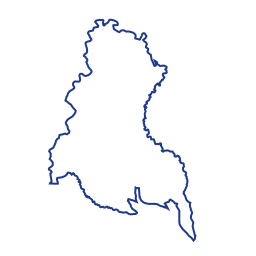 the district of La Tebaida, Quindío, Colombia, rotated 95°
{"feature_id": "7082276B51797720548410", "entity_name": "La Tebaida", "entity_type": "district", "adm_level": 2, "iso_a3": "COL", "parent_name": "Colombia", "parent_adm1": "Quindío", "projection": "robinson", "projection_center": [-75.811, 4.441], "detail": "fine", "context": "isolated", "style": "outline", "palette": "blue", "viewbox_px": 256, "rotation_deg": 95, "n_neighbors": 0, "source": "geoboundaries", "source_scale": "gbopen_adm2", "svg_char_len": 5856}
<svg xmlns="http://www.w3.org/2000/svg" viewBox="0 0 256 256"><g transform="rotate(95 128 128)"><path d="M190.1,200.9L189.8,195.1L189.5,193.0L187.7,193.4L185.3,194.4L183.9,194.1L182.9,189.6L181.3,186.5L179.6,184.8L177.7,184.1L177.9,181.4L179.4,180.1L178.9,179.5L177.8,178.7L177.9,178.4L178.2,177.8L179.0,177.6L179.9,176.8L180.2,175.3L181.3,174.1L182.2,173.7L183.3,173.8L183.5,172.6L184.4,171.6L184.6,171.5L185.9,172.5L186.1,172.3L185.9,171.0L186.3,170.6L187.1,170.6L188.4,171.1L189.8,170.0L191.5,169.7L192.6,168.8L192.8,167.4L193.5,166.4L194.1,166.3L195.0,166.7L195.3,166.7L196.8,165.3L198.3,164.9L198.7,164.0L199.9,163.8L200.1,163.2L199.5,162.9L199.5,162.5L200.5,162.3L200.7,161.9L200.2,161.4L200.1,160.7L200.9,160.3L202.6,157.6L204.8,156.7L204.8,156.0L204.2,155.4L204.3,155.1L206.3,154.4L206.9,153.8L206.7,152.3L207.4,151.6L207.3,150.1L207.7,149.6L208.8,149.2L209.2,148.6L209.2,147.6L208.6,146.1L209.3,145.1L209.3,144.3L209.1,143.5L208.2,142.5L208.1,142.0L208.4,141.4L209.3,140.7L208.7,139.8L209.4,138.8L209.2,137.3L210.9,135.5L211.0,134.7L210.3,133.3L210.2,132.2L210.6,131.2L212.1,129.9L212.3,129.4L212.7,124.9L212.0,122.3L213.5,119.8L213.8,118.2L212.9,112.8L211.8,111.6L211.4,111.7L210.6,112.5L208.0,116.8L205.7,118.3L203.9,118.9L202.8,120.1L201.7,120.6L200.6,121.8L198.8,121.4L199.7,116.7L200.9,112.9L197.8,114.2L195.1,114.1L192.0,115.2L186.8,115.2L187.1,114.7L186.9,111.9L195.3,110.5L195.2,110.4L198.1,109.2L199.1,108.4L200.3,106.8L201.1,105.2L201.4,104.1L201.8,100.5L201.3,95.4L201.3,92.4L202.8,88.9L203.2,87.1L203.4,84.1L203.9,84.4L204.2,82.4L204.8,81.3L202.9,82.4L200.0,84.8L198.8,83.1L198.1,81.1L197.5,80.6L196.0,80.2L195.6,79.5L197.3,76.3L198.2,75.3L199.1,74.6L199.0,73.3L199.2,72.4L201.4,73.0L205.9,69.7L217.1,68.7L219.3,68.2L220.8,67.3L224.1,64.6L227.5,60.4L230.0,58.0L231.8,55.3L234.4,52.9L233.2,51.9L229.5,51.5L229.5,51.9L220.2,55.1L216.6,54.7L215.6,55.2L213.5,56.8L211.8,57.6L209.7,57.5L207.1,56.7L205.9,57.1L204.1,58.2L202.5,58.6L201.1,59.3L199.0,59.7L197.1,59.4L196.2,61.6L194.7,63.4L190.6,65.2L188.4,66.9L188.0,66.6L186.9,66.9L185.1,65.9L180.6,64.4L179.9,64.3L179.1,64.6L176.9,64.1L175.5,64.2L173.9,64.6L173.0,65.3L171.2,65.4L170.4,66.5L169.8,66.6L168.5,66.1L167.4,66.3L166.9,66.8L166.2,68.6L164.5,69.6L162.7,69.7L161.6,68.9L158.7,69.5L158.4,69.9L158.3,71.9L157.6,72.9L156.6,72.8L155.9,73.9L155.0,73.5L153.4,73.7L151.5,75.3L151.3,76.5L152.0,77.1L152.4,78.0L152.1,79.0L151.7,79.3L150.8,79.2L150.2,79.3L149.4,79.9L148.6,81.0L147.6,81.5L147.8,84.0L147.0,85.6L146.8,86.7L147.3,88.1L147.3,89.5L148.5,90.9L148.1,92.0L147.6,92.3L147.0,91.7L145.5,91.7L142.7,93.6L141.0,93.6L140.7,93.8L140.4,94.6L141.5,95.7L141.2,97.6L141.7,98.6L141.5,99.3L137.1,101.3L137.0,101.7L137.3,103.3L137.3,103.9L135.2,104.4L134.7,104.8L134.7,105.5L135.4,107.4L135.2,107.8L133.3,108.3L131.7,106.8L129.8,107.0L128.0,107.7L127.8,108.4L128.8,109.8L128.2,111.2L127.6,111.7L126.0,110.6L125.4,110.9L124.4,112.0L123.1,112.0L121.6,112.9L119.9,112.3L119.3,113.3L118.9,113.5L117.4,112.5L116.8,111.3L116.4,111.4L116.3,112.2L115.0,112.0L112.5,112.6L109.9,111.9L107.6,112.8L105.9,111.5L105.5,111.8L105.7,113.3L105.2,113.7L104.7,113.7L103.4,112.8L102.0,111.2L101.5,111.2L100.7,111.9L100.2,111.8L98.4,109.4L97.6,109.1L96.7,109.4L95.2,108.2L94.5,108.4L93.9,109.6L93.5,109.8L92.4,108.1L90.0,107.2L89.8,106.5L90.3,105.5L90.2,105.0L89.5,104.2L88.8,103.9L88.1,104.0L87.8,105.1L87.4,105.4L85.4,104.5L84.5,104.9L83.2,104.2L81.9,103.3L81.3,102.6L81.6,102.0L82.8,100.9L83.0,100.2L82.7,99.8L81.9,99.9L81.3,100.8L80.8,101.0L79.9,99.9L79.0,99.7L78.4,98.9L77.1,98.4L76.9,97.4L75.7,97.0L74.6,96.3L74.0,96.4L72.9,97.7L71.3,98.0L70.6,97.4L70.0,94.8L69.4,94.3L67.4,94.7L66.6,95.9L66.3,96.0L65.0,94.9L63.7,94.9L62.9,97.0L62.7,98.1L63.3,100.7L63.3,101.8L61.6,104.5L59.8,105.0L58.8,107.1L61.3,105.9L62.7,105.6L63.6,106.1L63.8,106.5L63.6,107.4L60.5,108.8L57.8,110.5L53.2,111.6L51.6,114.1L50.7,115.1L50.1,115.3L48.6,114.7L47.3,114.9L46.0,117.2L44.9,117.2L43.0,116.5L42.2,116.7L41.2,117.6L40.2,119.3L39.1,120.6L38.8,120.6L37.3,118.7L35.5,117.7L34.8,117.7L32.3,119.7L32.2,120.7L32.8,121.8L35.5,122.5L38.5,123.8L38.8,123.9L38.9,124.4L38.1,128.6L35.5,128.4L34.7,128.6L33.5,129.7L32.5,131.5L31.8,135.2L32.1,138.3L31.2,140.1L31.0,141.1L31.6,143.5L33.2,144.8L33.1,145.8L30.7,150.6L27.7,151.6L26.8,151.5L26.5,147.7L26.0,147.2L25.3,147.2L24.1,147.6L23.5,148.0L22.6,149.8L21.9,152.1L21.6,154.7L21.9,155.9L24.5,157.1L25.9,158.6L26.2,159.8L26.6,160.1L27.5,160.1L28.0,160.8L27.8,161.4L27.4,161.6L25.3,162.2L23.2,161.8L22.7,162.3L22.7,165.5L23.7,168.9L24.6,169.8L25.2,169.9L28.3,166.9L29.0,166.5L29.8,166.6L31.0,170.6L31.7,171.0L33.8,171.3L34.1,171.7L35.0,174.9L35.8,175.8L36.4,176.0L37.2,176.1L39.2,174.6L41.2,173.6L42.5,172.3L43.3,172.2L44.6,173.3L45.6,176.1L46.6,177.6L47.5,177.7L53.2,175.6L55.5,175.4L56.9,175.9L58.5,177.7L60.0,178.3L60.9,176.7L63.2,174.6L63.7,174.4L64.6,174.5L65.8,175.3L71.1,172.5L73.8,169.6L75.1,169.2L76.7,169.9L77.6,170.7L78.5,171.7L79.7,174.2L79.9,175.1L79.6,176.3L78.0,178.4L78.2,180.1L78.5,180.6L79.8,181.0L83.7,179.9L85.2,180.0L85.9,180.7L86.2,181.5L86.2,184.6L86.5,185.3L87.7,186.4L89.3,186.6L90.1,186.4L91.9,185.1L93.0,185.1L94.4,186.5L96.5,189.4L98.9,190.9L101.1,191.2L102.2,191.9L106.2,192.7L107.3,190.6L108.7,188.7L109.6,186.9L112.2,184.9L115.1,181.7L116.3,181.6L118.3,182.3L121.0,184.1L122.1,185.3L123.9,187.8L125.5,189.3L127.6,190.3L128.2,190.4L129.6,189.9L131.6,188.4L134.3,187.7L136.3,186.1L137.5,186.1L138.1,186.5L139.5,188.3L139.6,188.9L139.1,189.8L139.2,190.7L139.9,192.1L140.9,195.6L144.1,196.0L145.0,197.4L146.9,198.6L149.4,199.0L154.0,200.6L154.5,201.0L156.3,203.8L157.4,204.4L158.1,204.5L159.7,203.1L160.9,202.7L163.1,202.5L165.8,203.3L167.6,201.1L168.8,200.1L171.2,199.7L172.2,200.0L174.8,203.0L175.8,203.3L176.5,202.9L177.4,201.0L178.3,200.3L179.1,200.3L180.1,201.4L180.4,201.4L188.0,199.4L189.2,200.6L190.1,200.9Z" fill="none" stroke="#1e3a8a" stroke-width="2"/></g></svg>